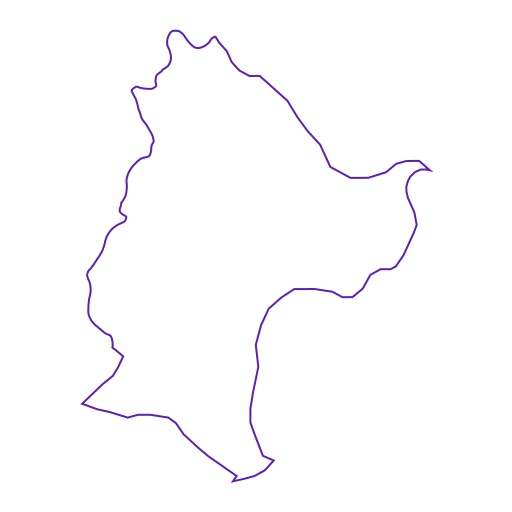 Jasong, Chagang-do, North Korea (Equal Earth projection)
{"feature_id": "82179303B8327085431714", "entity_name": "Jasong", "entity_type": "district", "adm_level": 2, "iso_a3": "PRK", "parent_name": "North Korea", "parent_adm1": "Chagang-do", "projection": "equal_earth", "projection_center": [126.597, 41.451], "detail": "fine", "context": "isolated", "style": "outline", "palette": "violet", "viewbox_px": 512, "rotation_deg": 0, "n_neighbors": 0, "source": "geoboundaries", "source_scale": "gbopen_adm2", "svg_char_len": 5872}
<svg xmlns="http://www.w3.org/2000/svg" viewBox="0 0 512 512"><path d="M416.7,224.9L414.4,212.6L407.8,197.5L406.5,191.9L406.3,186.8L407.8,181.4L410.2,176.6L415.2,172.0L420.8,169.5L426.0,169.5L429.9,170.3L419.1,160.9L406.4,161.0L396.2,163.8L386.1,172.2L368.3,177.8L350.5,177.9L330.3,166.9L320.2,144.8L307.6,131.0L297.5,117.3L287.4,100.7L259.7,75.9L249.5,76.0L239.4,70.5L231.8,62.2L226.8,51.2L219.3,42.9L215.5,36.7L214.7,36.8L213.8,37.2L213.1,37.6L212.5,37.9L212.1,38.2L211.7,38.5L211.4,38.9L211.0,39.4L210.7,40.0L210.3,40.5L210.0,41.0L209.7,41.6L209.3,42.2L208.9,42.6L208.3,43.2L208.3,43.3L207.6,43.7L207.2,44.1L206.6,44.6L205.9,45.0L205.5,45.4L204.8,45.9L204.2,46.2L203.7,46.5L202.2,47.1L201.4,47.4L200.7,47.6L200.0,47.8L199.4,47.9L198.8,48.0L198.3,48.1L197.5,48.0L196.5,47.9L196.0,47.8L195.3,47.6L194.4,47.2L193.9,46.8L193.3,46.5L192.8,46.1L191.6,45.1L191.1,44.6L190.6,44.1L190.0,43.4L189.5,42.9L188.9,42.3L188.5,41.8L188.1,41.2L187.5,40.6L187.0,39.8L186.6,39.3L186.2,38.6L185.8,38.2L185.4,37.4L184.9,36.7L184.5,36.0L182.5,33.8L182.0,33.2L181.4,32.9L181.0,32.5L180.6,32.1L180.2,31.9L179.0,31.2L178.2,31.0L177.6,30.8L177.1,30.8L176.1,30.8L175.5,30.7L174.7,30.8L173.7,30.8L172.5,31.1L172.1,31.3L171.7,31.5L171.2,31.8L171.0,32.0L170.7,32.4L170.3,32.8L170.0,33.2L169.7,33.6L169.5,34.1L169.2,34.5L169.0,34.9L168.8,35.3L168.6,35.8L168.4,36.2L168.3,36.6L167.8,37.8L167.7,38.4L167.5,38.9L167.4,39.3L167.3,39.7L167.2,40.2L167.2,40.7L167.2,41.6L167.1,42.0L167.2,42.6L167.1,43.1L167.3,44.5L167.4,45.2L167.6,45.8L167.7,46.4L167.9,46.7L168.2,47.2L168.4,47.7L168.7,48.2L169.0,48.9L169.4,50.0L169.7,50.7L169.9,51.7L170.1,52.4L170.4,53.2L170.5,53.8L170.7,54.5L170.8,55.3L170.9,56.1L170.9,57.3L171.0,58.5L170.9,59.4L170.7,60.2L170.4,61.1L170.1,62.2L169.8,62.9L169.4,63.5L169.2,64.2L168.8,64.8L168.3,65.4L168.0,65.9L167.6,66.3L166.9,66.8L165.8,67.7L165.0,68.1L164.5,68.5L164.0,68.9L163.2,69.3L162.4,69.8L161.7,71.1L161.0,71.7L160.3,72.2L159.5,72.8L158.5,73.5L157.7,74.2L157.0,74.8L156.5,75.6L156.1,76.8L155.8,77.8L155.7,78.7L155.7,79.6L155.5,80.4L155.4,81.3L155.5,82.0L156.1,83.9L156.2,84.8L156.2,85.8L155.7,86.5L154.4,87.4L153.8,87.9L153.0,88.4L151.8,88.7L150.9,88.8L149.8,88.9L148.4,88.9L147.4,88.8L146.1,88.7L144.9,88.6L143.7,88.5L142.5,88.3L141.2,88.0L140.4,87.8L139.4,87.6L138.7,87.2L138.1,86.9L137.1,86.7L135.9,86.8L135.4,87.2L134.7,87.5L134.1,87.8L133.5,88.3L132.7,88.9L131.9,89.9L131.7,90.4L131.6,91.0L132.3,92.4L132.6,93.1L133.1,93.9L133.6,95.0L134.1,95.8L134.6,96.8L135.5,98.4L135.8,99.2L136.5,101.1L136.7,102.1L137.1,103.1L137.4,104.4L137.6,105.4L138.0,106.5L138.2,107.6L138.4,108.6L138.7,109.6L140.0,112.9L140.3,113.9L140.9,115.9L141.2,117.0L141.6,117.9L142.0,118.8L142.5,119.7L143.0,120.4L143.5,121.2L144.1,121.8L144.6,122.5L145.2,123.1L145.6,123.8L146.1,124.3L146.6,125.0L147.0,125.8L147.4,126.5L147.9,127.2L148.3,128.0L148.7,128.8L149.3,129.7L149.7,130.5L150.8,132.3L151.2,133.1L151.8,134.2L152.2,135.2L152.6,136.1L153.3,138.7L153.5,139.5L153.6,141.4L153.5,141.9L153.2,142.5L152.8,143.3L152.4,143.9L152.0,144.5L151.8,145.1L151.4,146.5L151.2,149.6L151.1,150.6L150.8,152.3L150.6,153.1L150.3,153.8L150.1,154.5L149.7,155.3L149.3,156.0L148.6,156.4L147.9,156.7L147.1,156.9L146.4,157.2L145.4,157.3L144.4,157.6L143.8,157.7L142.6,158.1L141.7,158.4L140.9,158.7L138.8,160.2L137.9,160.9L137.1,161.7L135.2,163.6L133.5,165.3L133.0,165.8L132.3,166.7L131.9,167.4L131.4,168.0L130.3,169.6L129.9,170.4L129.4,171.1L128.9,172.0L128.3,173.4L128.1,173.9L127.9,174.4L127.1,176.8L126.7,178.5L126.6,179.4L126.5,180.2L126.5,180.7L126.4,181.4L126.6,182.3L126.7,184.0L126.9,186.1L126.8,186.3L126.8,187.1L126.8,187.9L126.8,188.7L126.6,189.4L126.5,190.3L126.5,191.1L126.2,193.1L125.9,194.4L125.6,195.7L125.2,196.5L124.9,197.2L124.6,197.7L124.3,198.1L123.9,198.8L123.6,199.4L123.1,200.4L122.8,200.9L121.9,202.0L121.3,202.6L121.2,203.1L121.3,203.8L121.1,204.5L120.7,206.3L119.9,208.4L119.8,209.3L119.6,210.4L119.9,211.5L120.2,212.2L120.7,212.7L121.3,213.4L122.3,214.1L123.0,214.7L123.7,215.0L124.5,215.5L125.4,216.0L125.9,216.4L126.3,217.1L126.3,217.6L126.0,219.0L125.6,219.8L125.0,220.8L124.3,221.6L123.5,222.1L121.5,223.0L120.4,223.5L119.7,223.9L117.9,224.7L117.3,225.1L115.4,226.3L114.2,227.2L113.4,227.8L112.3,228.8L111.5,229.7L109.9,231.5L109.0,232.7L108.2,233.9L107.5,235.3L106.7,236.6L106.3,238.0L105.7,239.5L105.2,241.1L105.0,242.6L104.2,245.3L103.8,246.7L103.2,248.2L102.9,249.3L102.3,250.6L101.5,252.4L100.8,253.5L99.4,255.9L98.4,257.4L97.3,258.8L96.5,260.2L95.5,261.8L94.5,263.2L93.8,264.4L93.1,265.3L92.4,266.1L91.6,267.2L91.0,268.0L90.1,269.2L89.1,270.1L88.4,271.0L87.9,271.9L87.7,272.9L87.4,273.6L87.1,274.6L87.2,276.0L87.4,276.8L87.8,277.8L88.1,278.8L88.5,279.7L89.0,280.7L89.3,281.4L89.7,282.6L90.0,283.9L90.5,286.5L90.6,288.0L90.7,289.6L90.6,291.5L90.4,292.7L90.3,294.0L90.0,295.3L89.3,298.4L89.0,299.8L88.8,302.1L88.7,303.1L88.5,304.5L88.4,306.3L88.4,307.7L88.3,309.0L88.3,311.3L88.5,313.8L88.8,315.2L89.3,316.5L89.8,317.6L90.4,318.6L90.9,319.8L91.6,320.9L92.6,322.3L93.7,323.4L94.8,324.6L95.7,325.5L96.8,326.2L97.6,326.9L98.3,327.6L99.1,328.3L100.2,329.0L101.0,329.9L101.9,330.6L103.1,331.5L104.1,332.5L105.1,333.1L106.2,333.8L107.1,334.2L108.1,334.5L109.3,335.1L110.2,335.5L110.9,336.3L111.4,337.4L111.8,338.6L112.2,340.1L112.5,341.4L112.6,342.7L112.6,344.0L112.7,345.9L112.5,347.3L112.4,347.6L115.4,349.8L123.2,356.4L118.0,367.5L112.8,375.9L102.6,384.2L82.1,403.8L97.3,409.3L110.0,412.1L127.7,417.6L137.9,414.8L150.6,414.8L168.4,417.6L176.0,423.2L183.6,434.3L198.7,448.2L208.8,456.6L236.6,476.0L233.0,481.3L244.3,478.8L254.5,476.0L264.7,470.4L273.7,460.5L262.9,455.8L255.4,436.4L250.4,422.6L250.4,408.7L253.1,392.0L258.3,367.0L255.8,344.8L261.0,325.4L268.7,308.7L281.4,297.5L294.2,289.1L314.5,289.0L332.3,291.7L342.4,297.2L352.5,297.1L362.7,288.7L370.4,274.8L380.6,269.2L390.7,269.2L395.8,266.4L403.5,255.2L413.7,233.0L416.7,224.9Z" fill="none" stroke="#5b21b6" stroke-width="2"/></svg>